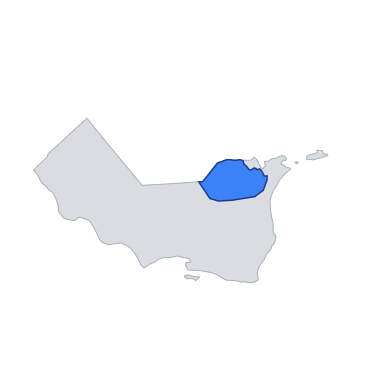 where Al Dhahira sits in Oman, rotated 69°
{"feature_id": "OMN-2414", "entity_name": "Al Dhahira", "entity_type": "Region", "adm_level": 1, "iso_a3": "OMN", "parent_name": "Oman", "parent_adm1": "", "projection": "albers", "projection_center": [55.739, 23.003], "detail": "fine", "context": "in_parent", "style": "filled", "palette": "blue", "viewbox_px": 384, "rotation_deg": 69, "n_neighbors": 0, "source": "natural_earth", "source_scale": "10m", "svg_char_len": 3585}
<svg xmlns="http://www.w3.org/2000/svg" viewBox="0 0 384 384"><g transform="rotate(69 192 192)"><path d="M114.7,332.1L113.1,328.3L111.4,324.4L109.8,320.6L108.2,316.8L107.1,314.1L105.1,313.1L104.0,310.3L102.8,307.4L101.6,304.5L100.5,301.6L99.3,298.7L98.2,295.7L97.0,292.8L95.8,289.9L94.7,287.0L93.5,284.1L92.4,281.2L91.2,278.3L90.1,275.4L88.9,272.4L87.8,269.5L86.6,266.6L85.5,263.7L89.4,262.4L94.2,260.9L98.9,259.3L103.7,257.8L108.4,256.2L113.2,254.7L117.9,253.1L122.6,251.5L127.4,249.9L132.1,248.3L136.8,246.8L141.5,245.2L146.3,243.5L151.0,241.9L155.7,240.3L160.4,238.7L165.1,237.1L168.0,236.1L169.2,232.2L170.2,229.0L171.2,225.8L172.3,222.6L173.3,219.4L174.3,216.2L175.3,213.0L176.3,209.8L177.3,206.6L178.3,203.4L179.3,200.2L180.3,197.0L181.3,193.8L182.3,190.6L183.2,187.4L184.2,184.2L185.2,181.0L186.1,178.0L184.4,175.2L182.2,171.4L179.8,167.4L177.5,163.7L175.9,160.9L174.0,157.7L174.2,153.4L174.2,151.3L174.4,148.1L176.3,143.6L178.5,137.9L180.1,134.1L181.5,130.8L182.6,128.1L183.3,125.4L182.9,123.5L182.2,122.8L181.6,121.8L183.7,120.4L187.6,119.4L189.8,119.7L192.9,118.9L195.3,118.3L195.5,117.4L194.8,116.0L193.8,113.9L190.4,113.7L189.3,113.1L190.5,110.0L190.5,109.0L190.0,107.9L189.5,105.9L189.8,103.4L190.5,101.7L190.5,100.3L190.1,97.5L190.3,95.0L191.0,93.8L192.2,92.6L193.4,92.0L194.6,92.0L195.6,92.5L196.1,93.9L195.8,94.8L195.1,94.9L194.8,95.3L195.8,97.0L197.3,98.7L198.4,98.5L199.7,97.1L201.0,96.0L202.7,95.0L203.9,93.1L204.9,91.9L205.8,91.8L208.5,99.3L212.5,106.5L216.1,110.4L219.8,115.7L225.4,120.5L228.0,122.2L238.4,125.5L244.1,126.7L251.9,127.8L257.4,130.4L259.2,130.6L262.0,129.7L264.1,129.7L269.3,133.3L270.9,136.7L273.1,138.5L275.1,141.4L276.4,144.4L280.9,148.8L284.1,153.9L287.4,157.7L290.3,160.0L294.6,160.8L298.0,161.8L298.5,164.4L298.2,167.7L297.7,170.2L294.6,175.1L293.9,178.1L290.4,183.1L286.7,191.4L284.9,193.3L278.7,197.7L274.1,202.9L268.7,211.8L264.7,220.7L263.1,223.5L259.7,224.2L257.4,224.0L255.9,223.2L256.4,220.8L256.8,218.1L254.7,218.4L252.9,219.0L248.8,225.6L246.5,228.5L246.1,232.2L245.0,236.9L243.4,241.3L242.7,244.9L242.8,247.0L244.1,252.0L244.2,257.2L245.0,260.3L245.7,264.0L243.7,265.2L241.9,265.8L235.1,266.3L228.3,267.5L222.2,269.7L218.7,271.9L214.0,276.8L211.2,288.9L206.6,294.1L203.5,295.2L195.9,295.7L185.3,297.1L181.6,298.3L175.3,305.7L174.9,308.1L176.1,309.8L176.4,311.6L175.9,313.4L173.0,318.1L170.0,321.5L161.8,323.6L158.8,322.3L156.1,321.6L150.8,321.5L142.2,322.2L139.0,324.7L134.0,326.4L129.4,329.1L120.6,330.0L114.7,332.1ZM203.4,72.3L202.9,73.0L202.1,73.1L200.4,72.5L199.4,71.2L199.5,69.6L199.6,66.6L200.1,63.8L199.9,60.9L198.6,60.3L197.7,60.4L199.8,56.2L200.7,55.6L201.5,55.9L203.5,55.4L204.6,53.1L205.4,51.9L206.3,52.0L206.7,52.7L206.4,56.2L206.4,59.1L205.3,67.9L204.2,69.4L203.6,70.6L203.4,72.3ZM269.9,228.8L268.2,229.3L267.7,229.1L267.7,225.5L271.6,220.8L274.1,215.4L276.0,220.1L272.9,222.8L271.3,227.4L269.9,228.8ZM203.0,84.3L201.9,85.1L201.1,85.0L201.3,83.4L201.7,82.4L202.9,82.5L203.1,83.1L203.0,84.3Z" fill="#d9dde1" stroke="#a8b0b8" stroke-width="1"/><path d="M174.0,157.7L174.3,153.5L174.2,149.2L174.3,148.4L175.1,145.6L177.6,141.1L178.2,139.4L178.8,136.5L179.1,135.5L179.6,134.8L180.6,133.7L181.0,133.1L184.6,133.5L187.4,131.9L190.9,130.9L192.7,129.7L191.8,125.4L192.9,124.0L194.6,123.2L194.6,120.8L196.0,119.8L199.9,119.0L203.0,118.9L203.9,116.1L208.0,117.9L215.9,124.8L218.5,134.2L218.9,134.8L214.0,157.8L209.8,170.7L204.5,177.6L185.7,181.9L185.0,182.0L186.0,178.7L186.0,178.0L185.7,177.4L184.3,175.0L182.2,171.4L180.0,167.8L177.8,164.2L175.7,160.5L174.0,157.7Z" fill="#3b82f6" stroke="#1e3a8a" stroke-width="1.5"/></g></svg>